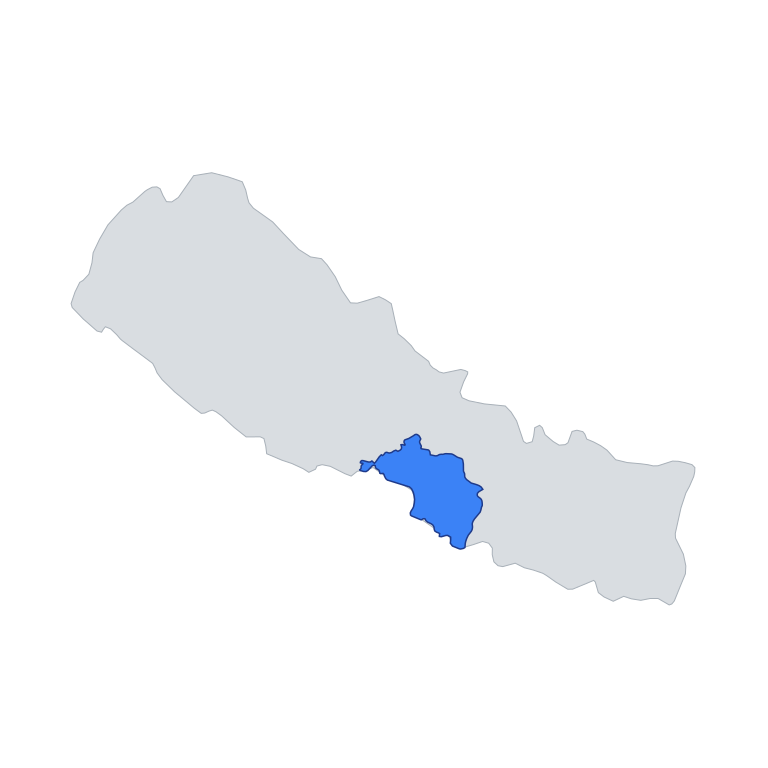 Narayani on a map of Nepal (Natural Earth projection), rotated 6°
{"feature_id": "NPL-1132", "entity_name": "Narayani", "entity_type": "Administrative Zone", "adm_level": 1, "iso_a3": "NPL", "parent_name": "Nepal", "parent_adm1": "", "projection": "natural_earth1", "projection_center": [84.782, 27.311], "detail": "fine", "context": "in_parent", "style": "filled", "palette": "blue", "viewbox_px": 768, "rotation_deg": 6, "n_neighbors": 0, "source": "natural_earth", "source_scale": "10m", "svg_char_len": 5219}
<svg xmlns="http://www.w3.org/2000/svg" viewBox="0 0 768 768"><g transform="rotate(6 384 384)"><path d="M698.7,432.0L701.9,434.6L702.2,438.9L701.7,443.6L698.5,453.8L695.6,460.9L692.3,476.1L689.3,502.3L690.0,506.8L699.5,521.9L703.2,533.4L703.6,541.3L699.7,554.5L695.4,569.4L693.2,572.7L690.7,573.9L679.1,568.7L671.1,569.5L662.0,572.3L652.5,571.8L644.6,570.1L634.7,576.1L625.1,572.8L619.0,569.1L614.8,558.8L613.1,557.4L593.1,568.3L588.2,568.9L575.7,563.1L565.5,557.4L561.6,555.6L551.8,553.4L542.9,552.1L533.2,548.5L521.2,553.2L516.4,552.8L511.9,549.4L509.5,542.5L508.9,535.9L504.8,531.4L498.5,530.3L489.6,534.4L476.7,539.7L472.5,538.9L468.7,537.3L467.3,535.9L465.5,529.7L463.5,528.3L460.4,528.1L455.1,526.6L448.6,522.0L428.7,511.1L426.2,506.3L426.3,495.6L425.1,491.2L422.7,486.6L412.5,481.8L392.7,474.2L381.8,468.2L376.5,471.0L366.5,473.6L361.0,479.0L354.6,477.3L339.2,471.5L330.9,470.7L325.9,472.6L324.8,475.9L318.5,479.7L312.5,476.7L300.7,472.7L290.3,470.4L274.6,465.6L272.9,458.1L270.3,450.8L266.5,449.5L252.4,451.0L239.6,442.9L225.8,432.6L219.9,429.2L216.0,427.9L212.7,429.3L208.8,431.6L205.3,432.3L197.8,427.9L188.3,421.5L176.6,413.7L162.9,402.9L157.2,396.7L154.7,392.1L151.8,387.7L139.9,380.6L130.4,375.0L119.1,368.2L117.1,366.8L112.9,362.8L106.3,357.7L100.9,356.2L99.1,359.0L97.7,362.0L93.0,361.3L85.7,356.1L78.0,350.7L72.0,345.6L65.9,340.5L64.4,336.7L67.1,324.8L70.8,314.7L73.9,312.4L79.0,305.7L80.9,294.0L81.0,283.9L86.0,269.7L92.8,254.6L104.5,238.5L109.6,233.1L115.2,229.4L126.0,217.5L128.2,215.6L132.9,212.5L137.5,211.7L140.9,213.2L144.4,219.5L148.6,225.4L153.9,225.1L160.0,220.0L172.9,196.7L190.6,191.9L207.2,194.3L221.9,197.7L226.2,205.5L229.0,213.7L230.8,217.9L235.7,222.8L256.4,234.5L268.4,245.0L285.1,259.1L297.6,265.3L308.7,265.9L314.9,271.4L324.3,282.4L332.2,295.1L342.2,306.8L349.0,306.4L358.4,302.6L369.9,297.6L376.6,300.1L382.8,303.3L384.9,309.4L388.6,320.8L392.8,332.7L399.4,336.9L407.1,343.0L411.4,347.9L426.0,356.8L428.0,360.4L431.0,362.9L434.5,364.4L437.5,366.2L442.1,366.9L458.9,361.5L463.4,362.2L466.0,363.2L466.1,365.1L463.0,373.5L460.4,384.2L463.1,389.5L470.2,391.8L485.8,393.3L506.9,393.2L513.3,398.6L519.7,406.8L526.1,420.7L528.7,426.5L531.9,428.2L537.4,425.9L538.3,420.2L538.5,411.7L543.1,408.8L546.0,410.9L549.5,417.6L558.2,423.5L564.5,426.5L570.5,425.4L573.1,423.2L576.0,411.5L580.7,409.8L586.7,410.6L589.0,412.9L591.4,417.6L598.7,419.8L605.9,422.7L612.7,426.5L622.3,435.1L634.1,436.7L647.8,436.5L655.0,436.7L660.3,437.3L665.0,436.7L679.0,430.5L684.8,430.1L691.9,430.8L698.7,432.0Z" fill="#d9dde1" stroke="#a8b0b8" stroke-width="1"/><path d="M481.6,537.9L481.5,538.2L480.2,539.2L477.5,540.1L476.3,540.1L469.0,538.0L466.6,535.4L466.6,532.1L466.3,529.3L463.2,527.9L461.5,528.1L457.0,529.9L455.0,529.8L454.9,528.5L455.0,527.0L453.6,526.3L452.6,526.1L451.6,525.8L449.8,524.8L449.1,523.1L448.7,521.1L447.5,519.3L445.8,518.2L441.8,516.8L440.0,515.5L439.9,515.5L439.1,514.0L437.9,513.7L436.6,514.2L435.5,515.1L434.6,515.1L425.1,512.3L424.1,511.6L423.6,509.5L424.3,507.3L425.4,505.2L426.2,503.1L426.6,499.3L426.5,495.6L425.7,492.1L424.4,488.6L422.4,485.4L420.1,483.7L397.4,479.2L395.7,478.0L394.2,475.7L393.4,473.9L392.4,473.0L390.0,473.5L389.2,473.2L388.4,470.9L387.7,470.0L385.8,469.2L384.9,468.7L384.2,467.8L383.8,466.1L382.4,465.8L380.9,466.5L376.9,471.8L375.2,473.0L372.7,473.1L369.5,472.5L368.5,472.1L368.4,472.2L368.5,472.1L369.7,471.0L370.0,470.0L369.9,468.9L369.9,467.8L370.5,466.7L371.4,465.6L371.1,465.1L369.5,465.1L368.7,464.8L368.7,464.0L369.1,463.2L369.8,462.5L370.4,462.4L371.4,462.4L376.7,463.2L378.5,463.0L380.0,461.8L382.7,463.8L383.7,462.7L386.9,456.9L388.7,454.7L390.0,455.3L391.0,454.4L392.5,452.1L393.5,451.7L394.3,451.7L395.3,452.0L396.6,452.1L398.7,451.3L400.7,449.6L402.7,448.6L404.9,449.5L407.1,448.0L407.9,447.0L408.2,445.6L407.9,444.4L407.2,442.7L408.3,442.3L411.0,442.7L411.3,442.4L411.2,441.8L410.9,441.4L410.6,441.1L410.2,440.4L409.9,439.5L410.1,438.0L410.7,437.3L414.3,435.6L418.5,432.5L420.1,431.1L420.6,430.9L421.3,430.7L422.2,430.8L423.0,431.1L423.6,431.5L424.4,432.0L425.3,433.2L426.3,434.8L426.1,435.4L425.6,436.6L425.5,437.1L425.4,437.6L425.5,438.3L425.8,439.0L426.4,440.0L427.4,441.5L427.6,442.3L427.7,442.8L427.3,443.5L427.4,444.0L427.7,444.4L429.0,444.6L434.8,444.9L435.6,445.3L436.2,446.0L436.6,446.5L437.5,449.6L442.5,450.1L443.5,450.0L444.7,449.6L446.4,448.4L448.2,447.9L449.9,447.8L452.0,447.0L452.9,446.8L458.3,446.5L459.4,446.7L460.7,447.2L464.8,449.2L468.6,450.0L469.4,450.4L469.9,450.9L470.3,451.6L471.3,455.2L472.0,461.1L472.1,462.2L472.4,462.8L472.7,463.4L473.1,464.0L473.4,464.5L473.6,465.1L473.9,467.3L474.2,468.3L475.0,469.3L476.1,470.4L481.1,473.4L484.5,474.0L487.0,474.5L489.4,475.2L491.4,476.3L493.3,478.4L489.6,481.2L488.4,482.8L488.3,483.5L488.3,484.4L488.5,485.2L488.9,485.8L489.6,486.4L491.5,487.5L492.2,488.0L492.6,488.4L493.0,488.9L493.5,489.8L493.9,491.1L494.3,493.3L494.4,494.4L494.3,495.2L494.0,495.6L493.9,496.1L493.8,496.8L493.5,499.3L493.0,501.4L488.0,508.9L486.9,511.2L486.6,512.3L486.4,513.4L486.4,514.1L486.6,515.0L486.7,515.5L486.9,516.4L487.0,517.6L486.9,519.3L486.6,520.4L486.2,521.4L483.6,525.6L482.4,529.0L481.7,532.1L481.5,534.0L481.6,537.9L481.6,537.9Z" fill="#3b82f6" stroke="#1e3a8a" stroke-width="1.5"/></g></svg>